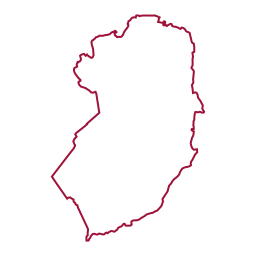 Nauzontla, Puebla, Mexico
{"feature_id": "50627088B22298863310989", "entity_name": "Nauzontla", "entity_type": "district", "adm_level": 2, "iso_a3": "MEX", "parent_name": "Mexico", "parent_adm1": "Puebla", "projection": "mercator", "projection_center": [-97.592, 19.962], "detail": "fine", "context": "isolated", "style": "outline", "palette": "rose", "viewbox_px": 256, "rotation_deg": 0, "n_neighbors": 0, "source": "geoboundaries", "source_scale": "gbopen_adm2", "svg_char_len": 5607}
<svg xmlns="http://www.w3.org/2000/svg" viewBox="0 0 256 256"><path d="M77.8,61.9L77.9,62.6L76.9,63.5L76.7,65.1L77.2,66.1L76.7,67.0L75.3,67.5L74.2,68.3L74.0,69.3L74.0,70.3L74.3,71.8L75.0,73.3L76.0,74.9L76.9,75.9L77.9,77.4L80.5,80.0L80.5,80.6L79.9,81.2L78.7,81.6L78.4,82.7L79.4,85.0L80.6,86.2L81.0,86.6L82.8,87.2L84.1,87.6L85.4,88.1L85.9,88.2L86.8,89.0L87.6,89.5L88.8,90.1L89.7,91.0L91.1,92.4L93.1,92.7L95.5,91.8L96.3,93.7L99.3,112.8L87.1,123.5L87.3,123.7L87.3,124.0L87.2,124.2L86.5,124.6L85.6,125.6L82.3,128.2L76.2,133.0L75.2,134.3L76.6,136.7L75.4,137.9L74.4,138.9L74.1,139.9L73.7,140.5L73.3,141.1L73.5,142.0L74.0,143.1L74.3,144.1L74.7,144.6L75.0,145.0L75.1,145.8L74.5,146.7L74.1,147.9L70.1,153.0L63.7,161.3L57.9,168.8L51.9,176.6L53.2,178.6L56.6,183.6L59.5,187.7L65.4,196.2L67.0,198.4L67.1,198.1L67.4,197.9L67.8,197.8L68.6,197.7L69.4,197.6L70.2,197.4L70.6,197.8L71.2,198.2L72.0,198.7L72.6,199.1L73.5,199.5L73.5,199.9L73.6,200.0L73.6,200.4L73.5,200.9L73.7,201.6L74.1,202.0L74.5,202.5L75.0,202.7L75.3,203.0L75.3,203.4L75.4,203.9L75.7,204.4L76.2,204.8L76.9,205.0L77.3,205.2L77.3,205.5L77.6,206.2L77.7,206.4L77.8,207.2L87.9,228.8L88.0,229.4L88.0,230.7L87.8,231.5L87.7,232.3L87.7,233.4L87.7,233.9L87.7,235.3L87.2,235.8L86.8,236.2L86.7,236.4L86.5,237.0L86.4,237.9L86.5,240.6L88.6,240.5L89.0,239.3L89.4,238.7L90.1,238.0L90.8,236.2L91.9,234.9L92.9,233.9L94.2,233.8L95.7,234.2L97.0,234.6L97.9,234.3L98.7,233.7L99.5,233.6L101.8,234.2L103.8,234.5L104.9,233.7L105.6,232.9L106.4,232.6L107.6,233.2L109.2,231.9L111.3,231.0L112.6,231.2L114.3,231.7L115.8,230.7L117.3,229.5L118.2,227.8L120.0,226.9L121.5,226.3L122.5,225.2L123.5,224.0L124.1,223.7L124.7,223.9L125.1,224.5L125.4,225.4L125.8,225.7L127.1,225.7L128.7,225.7L130.6,225.5L131.6,224.8L131.6,223.6L131.3,222.4L131.5,221.4L132.4,220.8L133.7,220.4L135.1,220.3L136.2,220.4L139.0,219.6L141.4,217.9L144.5,216.1L146.7,214.4L150.6,213.2L152.7,212.8L155.2,211.3L157.2,210.6L160.2,207.4L161.6,205.5L163.0,201.4L162.5,199.1L164.3,196.3L167.6,191.3L169.0,185.9L171.3,183.2L172.5,181.0L174.1,179.2L176.9,177.0L178.4,175.5L179.2,174.4L179.7,173.1L180.2,171.8L181.3,169.9L182.4,168.5L184.0,167.7L185.5,167.2L186.7,167.0L188.6,166.6L190.3,165.8L191.0,165.1L190.7,163.6L191.1,161.8L191.6,160.9L192.4,159.9L193.7,157.2L194.2,156.4L194.9,154.8L195.9,153.7L197.2,152.2L197.0,149.3L193.8,149.7L192.3,148.3L191.3,146.0L190.7,143.4L190.9,142.1L191.3,140.7L192.0,137.9L193.2,135.7L193.6,133.6L193.8,131.6L192.9,131.0L191.6,130.1L191.6,129.5L192.0,128.9L193.7,129.1L193.7,126.9L193.3,124.8L193.5,123.9L193.5,122.5L193.6,121.2L194.3,119.6L194.3,117.5L194.7,114.0L195.4,112.0L198.1,112.3L199.7,111.8L200.6,112.0L201.6,112.6L202.1,112.6L202.8,112.6L203.8,112.5L204.1,111.7L202.3,108.8L202.8,105.5L200.2,100.6L198.1,97.7L197.5,94.4L196.3,92.6L194.9,92.4L193.0,93.0L192.6,88.9L192.2,86.7L191.9,84.8L193.0,83.5L193.4,81.9L193.1,79.9L193.2,78.2L193.5,75.6L193.6,74.0L193.9,71.9L193.5,70.3L191.7,68.4L191.5,67.4L192.5,65.7L192.6,63.9L192.6,62.1L192.6,60.4L192.5,59.0L193.0,56.9L192.7,54.5L192.4,52.9L193.0,52.3L194.2,51.9L194.3,50.9L194.2,49.0L194.3,46.8L193.7,43.5L192.5,43.0L191.9,42.3L191.5,40.9L191.0,38.7L190.6,37.0L190.1,35.4L190.1,34.3L189.8,33.5L189.6,32.9L188.9,32.4L188.1,32.1L187.4,31.9L186.8,31.6L186.2,31.2L185.6,30.3L184.9,29.2L183.4,28.0L182.3,27.7L181.4,27.7L181.0,28.4L180.7,28.8L180.3,28.9L179.8,28.7L179.0,28.2L177.9,27.6L176.1,26.9L174.5,26.6L172.9,26.4L172.2,26.0L172.0,25.2L171.7,24.4L171.4,24.0L171.0,23.9L170.5,23.9L170.1,24.0L169.3,24.5L168.2,25.0L167.3,25.8L166.7,26.0L166.2,25.8L166.0,25.3L165.8,24.7L165.6,24.4L165.2,24.3L164.6,24.8L164.2,25.3L163.8,25.4L163.4,25.1L163.2,24.6L164.0,23.6L165.0,22.6L165.2,22.1L165.0,21.7L164.8,21.5L164.4,21.3L164.1,21.4L163.7,21.5L163.5,21.8L163.3,22.5L162.8,22.8L162.0,22.8L160.8,22.5L159.5,22.2L158.1,22.0L158.5,20.9L158.9,18.6L159.6,17.4L158.2,16.8L158.0,16.7L157.6,16.5L157.0,16.2L155.4,15.8L154.8,15.4L151.9,15.6L148.4,15.5L143.3,15.5L140.6,15.8L139.6,16.2L139.1,15.9L138.7,15.5L138.1,15.5L136.9,15.4L136.2,15.6L136.1,16.2L135.9,16.8L135.8,17.5L135.3,17.5L134.9,17.3L134.5,17.4L133.9,17.4L133.3,17.3L132.9,17.6L132.2,17.7L131.6,18.3L131.1,18.8L130.7,19.7L129.9,20.4L129.6,20.5L129.4,20.7L128.8,21.1L128.3,21.5L128.3,22.3L128.1,23.1L127.9,23.4L127.6,23.9L127.8,24.3L128.3,24.8L128.3,25.7L128.1,26.4L127.5,27.4L126.6,28.7L125.7,29.7L125.1,30.6L124.2,31.9L123.6,33.1L123.3,34.2L122.8,35.1L122.2,35.6L121.8,36.4L120.8,36.9L120.1,37.0L119.0,36.8L118.3,36.9L117.7,37.2L116.9,37.0L116.7,36.5L116.2,36.1L115.8,36.0L115.3,35.7L115.0,35.1L114.6,33.9L114.5,33.5L114.7,33.0L114.8,32.8L115.2,32.6L116.0,32.7L116.3,32.4L116.5,32.1L116.3,31.8L116.1,31.5L115.7,31.2L115.3,31.0L115.1,30.8L114.9,30.8L114.7,30.9L114.5,31.2L114.2,31.4L114.2,31.6L113.9,31.9L113.6,32.0L113.2,32.1L112.6,32.0L112.0,32.3L111.5,32.6L111.2,32.8L110.8,33.2L110.2,33.8L109.3,34.3L108.5,34.6L107.9,34.8L107.2,34.9L106.6,34.9L106.2,35.0L105.6,35.0L104.7,35.3L103.9,35.5L103.4,35.6L102.7,35.8L102.1,35.7L100.7,35.8L99.6,35.7L99.2,35.7L98.8,36.2L97.8,36.7L97.0,37.0L96.3,37.1L95.8,37.3L95.6,37.8L95.1,38.4L94.3,39.0L93.6,39.7L92.9,40.2L92.5,40.3L91.9,41.0L91.5,42.0L91.5,42.6L91.7,43.9L91.9,44.9L92.1,45.7L92.5,46.9L93.0,48.8L93.2,49.9L93.3,52.2L93.4,53.5L93.6,55.2L93.0,56.5L92.3,57.6L91.7,57.8L90.6,57.6L89.8,56.8L88.9,56.4L88.2,55.7L87.7,55.5L87.1,55.1L86.9,55.0L86.8,54.6L86.5,54.8L86.1,55.4L85.7,55.8L85.4,55.6L85.3,55.3L84.8,54.8L84.4,54.3L84.1,54.0L83.8,53.9L83.3,54.1L82.5,54.3L81.8,54.6L81.1,54.9L80.1,55.7L80.3,56.3L80.3,56.9L80.7,57.8L80.9,58.9L80.9,59.8L80.5,60.5L79.9,61.3L79.5,61.6L78.8,61.7L78.4,61.8L77.8,61.9Z" fill="none" stroke="#9f1239" stroke-width="2"/></svg>